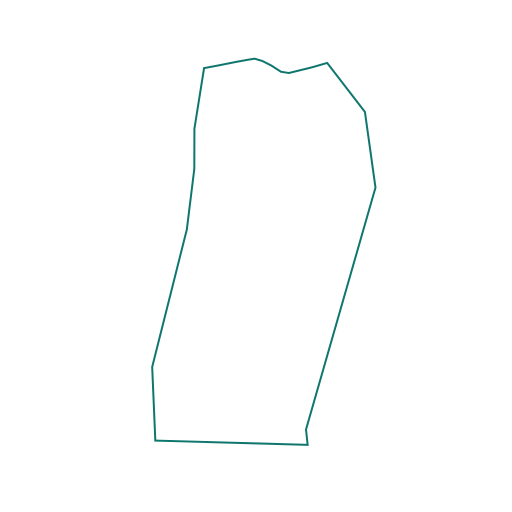 outline of San Pablo La Laguna, Sololá, Guatemala, rotated 196°
{"feature_id": "79465075B65058222740389", "entity_name": "San Pablo La Laguna", "entity_type": "district", "adm_level": 2, "iso_a3": "GTM", "parent_name": "Guatemala", "parent_adm1": "Sololá", "projection": "robinson", "projection_center": [-91.277, 14.73], "detail": "fine", "context": "isolated", "style": "outline", "palette": "teal", "viewbox_px": 512, "rotation_deg": 196, "n_neighbors": 0, "source": "geoboundaries", "source_scale": "gbopen_adm2", "svg_char_len": 428}
<svg xmlns="http://www.w3.org/2000/svg" viewBox="0 0 512 512"><g transform="rotate(196 256 256)"><path d="M357.7,422.3L350.3,361.4L339.3,322.7L329.8,262.4L325.2,120.7L301.9,50.8L154.3,88.7L160.1,103.0L160.0,354.7L191.0,424.5L240.8,461.2L254.2,452.8L269.2,444.2L275.0,440.9L282.8,440.0L293.7,443.3L303.6,445.2L311.7,445.3L318.3,442.2L328.6,437.1L345.5,428.4L357.7,422.3Z" fill="none" stroke="#0f766e" stroke-width="2"/></g></svg>